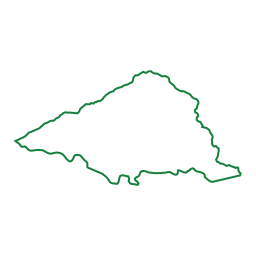 São João das Missões, Minas Gerais, Brazil (Mercator projection)
{"feature_id": "56859067B77919866455333", "entity_name": "São João das Missões", "entity_type": "district", "adm_level": 2, "iso_a3": "BRA", "parent_name": "Brazil", "parent_adm1": "Minas Gerais", "projection": "mercator", "projection_center": [-44.236, -14.88], "detail": "fine", "context": "isolated", "style": "outline", "palette": "green", "viewbox_px": 256, "rotation_deg": 0, "n_neighbors": 0, "source": "geoboundaries", "source_scale": "gbopen_adm2", "svg_char_len": 3782}
<svg xmlns="http://www.w3.org/2000/svg" viewBox="0 0 256 256"><path d="M240.1,175.4L240.6,173.3L239.2,172.1L238.3,170.0L238.3,168.0L237.0,167.3L235.6,168.0L234.3,167.2L232.7,166.7L230.8,166.1L229.0,165.0L226.6,166.0L224.7,164.8L222.5,163.7L220.0,163.5L218.7,162.2L216.9,161.6L216.1,159.5L217.1,157.8L217.8,156.0L218.1,153.8L218.5,152.1L218.7,150.6L218.7,148.5L216.8,147.2L215.9,146.0L214.0,146.5L212.6,145.1L212.0,143.7L212.2,141.7L211.8,139.4L212.7,137.6L212.2,135.1L210.9,133.7L210.0,132.1L209.5,130.3L207.4,128.5L205.5,127.7L204.1,127.4L202.2,127.1L202.8,125.8L201.6,124.1L200.7,122.3L198.9,121.5L197.2,120.6L196.6,119.3L196.8,117.4L198.1,116.3L197.9,114.3L196.7,113.0L195.3,112.4L194.8,110.9L195.3,109.5L196.6,108.7L197.0,106.9L197.6,105.1L198.3,103.6L198.4,101.8L197.3,99.9L195.8,98.8L194.4,98.7L192.9,97.7L191.7,96.6L190.7,95.2L189.2,93.8L186.9,92.9L185.2,91.9L183.7,91.2L181.9,91.4L179.3,90.5L177.1,89.1L175.5,88.1L174.7,86.7L173.7,85.3L172.3,84.3L170.9,83.1L169.6,82.1L169.3,80.6L169.0,78.7L167.8,77.2L165.6,76.1L163.8,76.2L161.9,76.4L160.0,75.1L158.2,74.3L156.9,73.5L155.5,73.6L153.7,73.2L152.0,72.2L150.9,71.2L149.3,71.3L147.6,71.9L146.3,72.8L144.5,72.5L143.2,71.8L141.8,72.7L140.1,73.6L138.6,74.9L137.3,75.3L135.9,75.3L134.6,76.0L133.5,77.6L133.1,79.9L132.1,82.3L129.9,83.1L127.9,84.4L125.8,85.0L124.4,85.3L123.1,86.0L121.2,87.2L119.2,87.6L117.5,88.2L116.2,88.7L114.9,89.4L113.5,91.2L111.6,91.8L109.6,92.5L108.0,93.8L106.1,94.9L105.0,96.1L103.9,97.3L102.9,98.7L101.1,100.4L99.6,101.2L97.7,101.1L96.4,102.0L95.0,102.2L93.5,103.6L92.2,103.3L90.7,103.2L89.7,104.3L87.9,104.2L85.7,104.2L84.1,105.7L82.6,106.9L81.1,108.1L80.0,109.3L79.4,111.1L78.3,112.7L77.0,113.3L75.4,113.1L73.9,113.0L72.5,112.8L70.8,112.7L69.1,112.5L67.3,112.6L65.3,112.3L63.5,113.0L61.9,114.4L60.1,115.3L59.2,117.0L57.7,117.7L56.1,118.5L54.7,119.9L53.3,120.8L51.8,120.6L49.9,121.1L48.4,122.1L46.9,122.8L44.4,123.7L42.7,125.2L41.3,126.4L39.4,128.2L37.4,129.2L35.4,129.9L33.7,130.8L32.2,131.4L30.7,132.1L29.0,132.5L28.0,133.4L26.9,134.7L25.5,136.0L24.3,136.8L22.6,137.7L21.0,138.3L19.6,139.1L18.2,139.8L16.9,140.3L15.4,141.0L17.0,142.3L18.5,143.2L20.0,144.7L21.3,146.6L22.9,146.8L24.6,146.4L26.4,147.6L27.7,149.0L29.1,150.2L31.1,150.7L33.4,150.5L35.2,150.2L37.5,149.9L39.7,150.0L41.3,150.1L42.9,150.4L44.5,151.1L46.0,152.1L47.8,153.0L50.0,153.7L51.9,153.5L53.7,153.1L55.4,152.7L56.9,152.5L58.9,152.8L60.5,153.2L61.8,153.8L63.1,154.7L64.1,155.8L65.2,157.2L67.0,159.5L69.0,161.1L70.8,161.4L72.2,160.2L73.4,158.1L74.1,156.3L75.3,155.1L77.0,154.9L79.7,155.1L81.4,156.5L82.8,158.3L84.2,159.9L85.7,161.1L87.2,162.7L87.4,165.3L87.4,167.2L88.6,168.0L90.8,168.8L92.3,169.6L93.8,170.1L95.3,170.8L97.2,171.7L99.0,172.4L100.5,173.0L101.9,173.6L103.0,174.4L104.7,175.6L106.6,177.3L107.9,178.9L109.0,180.5L109.8,181.9L111.2,182.9L112.8,183.4L114.3,183.5L115.6,183.7L117.1,183.8L118.3,182.5L118.9,180.5L119.3,178.2L120.2,176.0L121.9,175.3L123.4,175.4L125.0,175.7L126.3,176.2L128.2,176.3L129.2,178.5L128.7,181.2L129.8,182.9L131.1,183.8L132.6,184.0L134.8,184.3L136.3,184.7L137.8,184.8L138.5,183.5L137.2,181.6L135.2,180.1L134.9,178.6L136.1,177.4L137.7,176.8L139.1,175.7L139.6,174.4L140.2,173.0L140.8,171.8L142.3,171.0L144.0,171.1L145.8,171.3L147.9,172.2L150.1,172.7L152.0,172.8L153.5,173.1L154.9,173.1L156.9,173.1L158.6,173.1L160.7,173.0L162.4,172.8L164.2,172.8L165.8,172.6L167.8,172.1L169.9,172.0L171.4,173.0L173.4,174.0L175.2,174.7L176.7,174.6L177.7,173.3L177.9,171.9L178.0,170.4L179.8,170.5L181.1,171.1L183.2,172.1L185.3,172.7L186.9,172.2L187.6,171.1L189.3,170.5L190.3,169.4L191.5,168.7L192.9,168.3L194.1,169.0L195.2,170.5L196.8,171.4L198.2,171.6L200.2,172.1L202.3,172.9L203.9,173.9L204.7,175.0L204.9,177.1L207.0,178.9L208.8,180.5L210.8,181.6L212.7,181.8L240.1,175.4Z" fill="none" stroke="#15803d" stroke-width="2"/></svg>